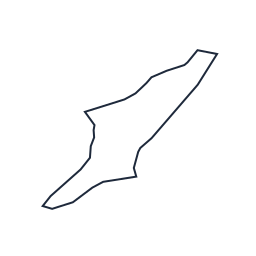 the border of Komen, rotated 317°
{"feature_id": "SVN-1030", "entity_name": "Komen", "entity_type": "Municipality", "adm_level": 1, "iso_a3": "SVN", "parent_name": "Slovenia", "parent_adm1": "", "projection": "robinson", "projection_center": [13.721, 45.818], "detail": "fine", "context": "isolated", "style": "outline", "palette": "slate", "viewbox_px": 256, "rotation_deg": 317, "n_neighbors": 0, "source": "natural_earth", "source_scale": "10m", "svg_char_len": 513}
<svg xmlns="http://www.w3.org/2000/svg" viewBox="0 0 256 256"><g transform="rotate(317 128 128)"><path d="M22.5,137.8L17.4,135.4L12.4,126.9L25.0,125.0L65.1,126.0L79.9,123.8L88.4,115.9L96.8,111.8L101.4,106.1L105.5,103.0L107.5,86.8L144.9,104.7L157.1,107.8L172.1,107.7L179.8,106.9L195.3,112.5L212.2,120.4L216.3,120.6L231.9,118.5L243.6,134.6L208.5,143.9L138.4,151.5L123.4,151.0L119.2,152.4L105.0,161.2L100.9,169.2L73.1,150.4L61.3,147.3L37.0,144.7L22.5,137.8Z" fill="none" stroke="#1e293b" stroke-width="2"/></g></svg>